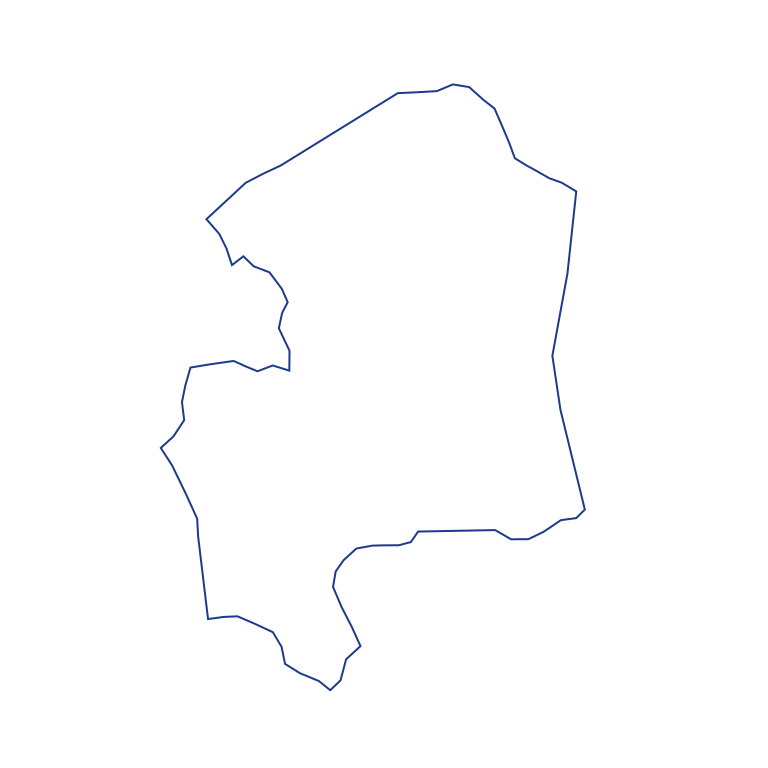 outline of Muniz Ferreira, Bahia, Brazil, rotated 339°
{"feature_id": "56859067B35169228212454", "entity_name": "Muniz Ferreira", "entity_type": "district", "adm_level": 2, "iso_a3": "BRA", "parent_name": "Brazil", "parent_adm1": "Bahia", "projection": "robinson", "projection_center": [-39.098, -13.006], "detail": "fine", "context": "isolated", "style": "outline", "palette": "blue", "viewbox_px": 768, "rotation_deg": 339, "n_neighbors": 0, "source": "geoboundaries", "source_scale": "gbopen_adm2", "svg_char_len": 1138}
<svg xmlns="http://www.w3.org/2000/svg" viewBox="0 0 768 768"><g transform="rotate(339 384 384)"><path d="M526.5,573.2L539.5,471.2L551.3,418.0L594.8,346.7L632.5,273.1L621.9,259.6L612.0,251.1L602.8,239.8L594.6,230.1L587.1,220.2L587.3,202.3L586.6,182.7L585.9,166.5L578.6,154.3L569.9,137.3L555.7,129.0L538.3,129.5L518.5,123.2L501.1,117.4L365.9,143.0L346.3,144.4L327.0,146.6L277.3,166.5L284.0,184.9L285.5,201.2L284.7,218.5L298.5,214.4L304.5,227.4L317.1,238.7L322.7,258.5L323.4,273.1L314.4,281.1L305.8,294.3L307.7,319.1L300.4,337.6L286.7,326.8L270.5,326.8L261.8,318.6L251.9,308.6L229.2,303.4L209.2,299.3L198.0,314.2L188.9,328.5L184.5,346.1L168.8,357.4L152.7,363.7L157.0,384.1L159.7,416.1L161.3,442.8L155.8,459.9L135.5,540.4L150.5,543.9L164.0,548.4L177.5,561.6L191.3,575.9L194.2,592.7L191.3,609.8L201.9,623.9L216.7,637.9L224.1,650.6L237.2,645.1L250.0,627.4L268.1,620.3L266.9,599.3L264.5,577.3L263.7,555.2L271.7,541.7L283.1,534.0L299.2,527.7L315.2,530.7L327.0,534.9L339.8,539.8L352.4,541.2L363.0,534.0L435.4,560.2L447.0,574.5L463.2,580.6L479.9,579.2L500.4,574.5L515.4,578.1L526.5,573.2Z" fill="none" stroke="#1e3a8a" stroke-width="2"/></g></svg>